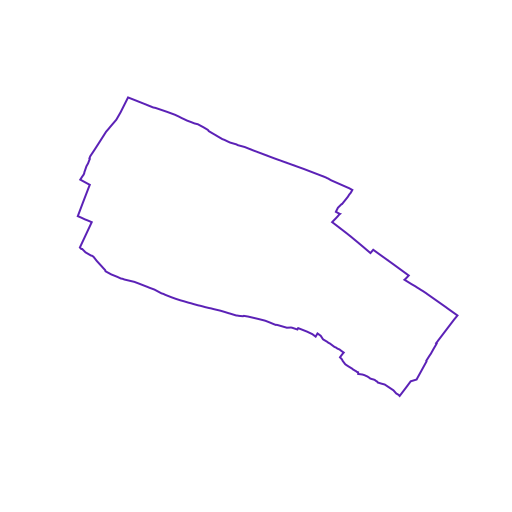 the district of Jorasti, Galati, Romania, rotated 313°
{"feature_id": "2599482B93588998521445", "entity_name": "Jorasti", "entity_type": "district", "adm_level": 2, "iso_a3": "ROU", "parent_name": "Romania", "parent_adm1": "Galati", "projection": "mercator", "projection_center": [27.867, 45.988], "detail": "fine", "context": "isolated", "style": "outline", "palette": "violet", "viewbox_px": 512, "rotation_deg": 313, "n_neighbors": 0, "source": "geoboundaries", "source_scale": "gbopen_adm2", "svg_char_len": 3466}
<svg xmlns="http://www.w3.org/2000/svg" viewBox="0 0 512 512"><g transform="rotate(313 256 256)"><path d="M275.2,457.7L276.6,457.3L281.4,456.1L295.2,452.6L295.5,452.0L301.3,450.9L304.0,450.5L305.1,450.2L309.6,449.1L311.9,448.6L313.7,448.2L315.2,447.8L315.1,447.2L317.4,447.0L318.8,446.8L322.0,446.5L327.9,445.9L344.9,444.2L347.0,444.1L349.9,443.9L348.2,431.0L348.2,430.6L344.9,406.7L344.9,406.3L344.8,405.7L344.1,401.5L343.8,400.4L343.4,398.1L343.2,397.0L342.9,395.7L342.5,393.2L341.5,389.0L339.9,380.8L340.8,380.9L343.7,381.0L345.9,381.0L343.5,361.1L341.5,345.6L340.5,337.5L336.2,337.7L335.8,328.7L334.9,312.7L334.4,306.3L333.8,300.0L332.7,288.6L332.9,288.6L334.8,288.6L338.1,288.7L340.7,288.7L342.6,288.6L343.3,288.6L344.0,288.7L343.9,288.5L342.8,284.3L343.7,284.0L347.2,283.0L352.3,283.2L352.6,283.5L352.8,283.5L362.0,282.8L364.5,282.3L366.7,282.2L368.5,281.8L370.0,281.4L369.0,277.5L368.6,276.5L365.6,267.9L362.6,259.3L362.2,257.6L361.9,256.1L361.4,254.8L361.2,253.9L360.7,252.5L352.3,231.7L339.9,202.8L331.3,181.9L328.0,173.4L324.5,166.8L324.4,165.8L321.3,159.7L320.4,157.0L319.4,153.7L318.5,151.6L315.9,139.9L315.1,136.2L315.3,135.6L315.4,135.3L315.3,134.3L314.3,129.7L313.5,126.7L312.7,123.6L311.0,120.6L309.8,117.5L308.0,113.2L307.1,110.3L306.2,107.6L305.3,104.3L304.3,101.3L304.3,101.1L303.4,98.9L300.7,92.5L297.2,84.7L295.7,81.4L294.5,79.5L288.1,62.9L284.7,54.3L279.2,55.9L268.6,59.0L260.4,60.9L251.1,61.3L247.9,61.5L244.7,61.6L231.2,64.1L223.4,65.5L216.1,66.7L215.8,66.8L213.7,67.6L213.6,67.9L213.6,68.3L212.7,68.6L210.2,69.6L209.3,70.0L206.3,70.7L205.5,71.0L202.4,72.4L200.3,73.3L199.4,73.9L198.1,74.4L195.2,74.8L192.0,75.4L193.3,80.5L194.7,85.9L191.6,87.1L177.0,93.0L163.6,98.5L164.9,102.1L166.1,105.9L167.2,108.6L168.7,112.8L142.1,121.4L142.0,123.5L142.6,124.1L142.4,128.6L142.4,128.8L143.8,135.0L144.3,135.8L144.5,136.8L144.6,137.8L143.8,142.8L143.2,150.3L143.0,152.4L142.8,155.3L142.2,156.4L143.8,162.7L144.7,165.0L146.2,168.9L147.4,172.6L148.3,173.9L149.0,175.7L154.2,184.8L154.5,185.6L155.7,188.5L159.0,196.8L159.3,197.5L160.1,199.7L162.0,204.2L162.2,204.7L164.2,212.3L165.2,214.3L165.5,215.5L166.1,217.1L168.2,222.4L169.9,226.4L172.2,231.3L172.8,232.4L173.8,234.3L175.7,238.2L177.2,240.9L178.3,243.2L180.6,247.6L181.5,249.0L183.0,251.8L183.9,253.6L185.9,257.1L187.0,258.8L188.2,261.1L191.7,267.2L193.6,271.0L195.6,275.2L196.0,275.9L199.0,282.1L199.6,282.8L200.7,284.5L203.1,287.6L203.9,287.9L206.3,291.5L211.4,300.4L214.5,306.0L215.1,307.2L216.8,311.5L218.4,315.8L219.1,317.5L219.6,317.9L219.9,318.3L220.6,319.6L224.6,327.5L227.5,330.3L228.1,331.2L230.5,336.4L231.8,336.0L232.0,336.0L234.6,342.6L235.5,344.9L237.3,350.6L237.4,351.7L237.7,354.6L241.3,353.8L241.8,357.7L240.8,361.7L240.8,362.1L241.3,364.3L241.8,366.6L241.9,368.1L242.4,369.7L243.0,375.4L243.6,376.9L243.8,378.7L244.6,380.8L244.8,383.2L245.2,386.0L243.0,386.1L241.0,386.3L239.2,386.5L239.0,389.4L238.4,390.9L237.7,395.1L237.9,396.6L238.2,398.3L238.3,398.9L238.6,400.3L239.2,403.3L239.2,404.5L239.5,405.6L239.7,406.7L240.0,407.7L240.0,408.7L240.6,410.0L239.4,411.2L240.3,412.4L240.8,413.1L241.2,413.7L241.8,414.5L242.5,415.9L242.9,416.8L243.3,418.1L243.8,419.5L244.0,420.4L244.2,421.6L244.3,423.1L244.8,424.2L245.3,425.2L245.9,426.3L246.3,427.3L246.4,427.8L246.4,428.6L246.8,430.4L246.5,431.3L248.1,434.6L249.8,437.8L251.5,448.1L251.1,452.3L251.7,455.0L251.6,456.5L253.7,456.3L261.8,455.5L269.9,454.6L272.6,456.2L275.2,457.7Z" fill="none" stroke="#5b21b6" stroke-width="2"/></g></svg>